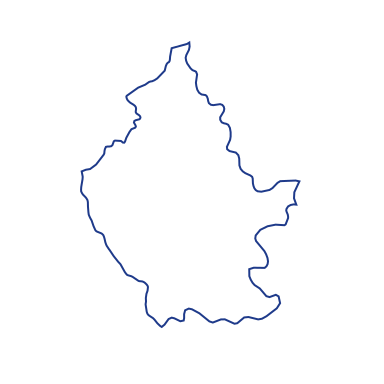 outline of Cher, rotated 161°
{"feature_id": "FRA-5279", "entity_name": "Cher", "entity_type": "Metropolitan department", "adm_level": 1, "iso_a3": "FRA", "parent_name": "France", "parent_adm1": "", "projection": "mercator", "projection_center": [2.504, 47.022], "detail": "fine", "context": "isolated", "style": "outline", "palette": "blue", "viewbox_px": 384, "rotation_deg": 161, "n_neighbors": 0, "source": "natural_earth", "source_scale": "10m", "svg_char_len": 3330}
<svg xmlns="http://www.w3.org/2000/svg" viewBox="0 0 384 384"><g transform="rotate(161 192 192)"><path d="M105.0,173.5L90.3,169.1L87.0,167.1L95.3,158.5L97.6,152.8L97.5,146.1L99.9,147.2L102.9,147.6L105.8,147.1L108.1,145.3L108.9,143.9L109.0,142.6L108.8,139.5L109.1,137.6L109.6,136.1L114.0,130.9L115.4,130.5L123.6,133.9L131.7,135.0L139.7,134.0L145.9,130.2L147.3,127.5L147.4,124.8L142.8,112.6L142.2,109.0L142.1,105.0L142.7,101.7L144.0,99.2L145.8,97.5L148.0,96.6L158.3,100.3L163.0,100.4L165.2,93.7L165.0,90.0L164.3,86.5L163.1,83.6L159.3,78.7L155.6,69.3L152.9,67.4L146.2,67.5L144.1,65.1L144.9,58.2L149.7,54.4L162.0,50.3L167.1,49.4L170.9,50.0L179.3,55.4L183.5,56.4L191.9,53.2L194.7,53.6L202.4,60.9L206.1,62.1L214.8,61.8L217.7,64.0L224.5,74.9L230.2,81.1L233.0,82.8L237.0,82.4L239.2,79.1L240.5,75.3L241.7,73.2L245.1,73.6L249.8,78.3L252.1,79.8L255.5,79.5L261.2,75.5L264.6,74.3L265.7,75.7L267.5,79.2L269.0,83.5L269.9,85.4L272.7,89.0L273.5,90.4L273.8,91.6L273.8,93.5L272.6,100.1L272.4,101.0L271.2,103.3L270.7,104.9L270.5,105.7L270.1,106.9L268.2,110.6L266.2,113.1L264.7,116.2L264.5,117.0L264.6,118.0L265.0,119.3L266.0,121.3L266.7,122.3L267.5,123.1L268.1,123.6L268.9,124.0L270.5,124.7L271.2,125.1L271.7,125.6L275.8,131.1L276.9,132.2L279.6,134.1L280.3,134.7L281.0,136.3L281.6,138.3L283.1,146.8L283.4,147.6L284.5,150.0L286.9,156.8L288.8,164.0L289.1,164.8L290.2,169.1L290.3,170.8L290.3,172.7L289.9,176.3L289.8,178.3L289.9,180.1L290.7,181.8L291.4,182.6L294.5,185.3L295.1,185.9L295.5,186.6L295.8,187.3L296.2,191.7L296.2,197.7L296.7,200.5L296.9,202.4L297.0,204.2L296.5,206.7L295.1,212.1L293.8,216.2L293.6,217.3L293.5,218.5L293.9,220.4L294.3,221.6L296.0,225.2L296.2,226.1L296.4,226.9L296.6,228.7L296.1,230.4L295.1,232.8L291.3,239.8L290.5,241.7L290.3,242.4L289.6,247.4L285.1,247.6L280.9,246.9L273.7,249.2L263.4,256.0L262.4,257.0L261.3,259.4L260.4,260.9L258.7,262.7L257.1,262.5L255.4,261.9L253.4,261.6L251.9,262.3L249.4,265.4L248.1,265.7L242.6,263.4L241.8,262.2L241.2,261.2L240.0,260.7L238.9,261.5L236.4,264.7L231.6,269.1L228.8,271.1L224.8,271.3L223.8,272.1L223.7,273.4L224.3,276.5L223.4,277.9L221.9,278.2L218.1,277.9L217.2,278.3L216.5,279.2L216.4,280.4L217.0,281.8L218.9,284.3L219.2,285.6L219.0,286.4L217.8,288.8L217.5,290.4L217.9,292.0L218.9,293.6L221.3,296.5L222.2,298.1L222.8,299.4L223.1,300.3L223.2,301.4L223.2,302.5L223.0,303.6L222.4,304.2L208.9,308.2L201.3,308.7L196.8,310.0L195.3,310.0L193.7,309.7L191.1,309.9L187.9,310.7L178.3,315.6L175.8,319.5L174.3,321.2L172.9,322.1L171.6,322.3L170.5,323.2L169.8,324.4L168.6,327.2L164.4,334.6L148.5,333.6L145.9,334.2L146.9,330.3L148.6,327.4L152.8,323.3L154.3,321.0L154.8,318.1L154.7,315.1L153.1,309.4L151.9,307.1L149.5,305.0L149.0,304.3L148.9,301.5L152.7,294.1L153.4,290.7L153.7,287.0L153.0,283.6L151.2,281.1L147.6,279.2L146.8,277.6L146.7,275.1L147.1,272.7L147.1,270.5L145.7,268.3L143.6,267.2L136.8,265.9L135.0,264.5L134.2,262.4L134.4,260.1L135.7,257.9L141.0,253.5L141.8,251.1L141.2,248.2L139.5,246.6L137.5,245.4L135.9,243.8L135.3,240.3L136.0,236.0L137.4,231.9L139.0,228.9L144.3,223.3L144.8,221.0L143.2,218.5L137.7,215.0L136.2,211.7L136.5,208.1L138.5,201.7L138.5,198.1L137.3,195.0L135.5,192.5L131.4,188.6L130.2,186.8L130.2,185.0L131.6,180.3L131.9,177.7L131.8,175.2L131.1,173.0L129.7,171.3L126.3,169.7L118.0,168.7L114.6,169.5L108.2,172.8L105.0,173.5Z" fill="none" stroke="#1e3a8a" stroke-width="2"/></g></svg>